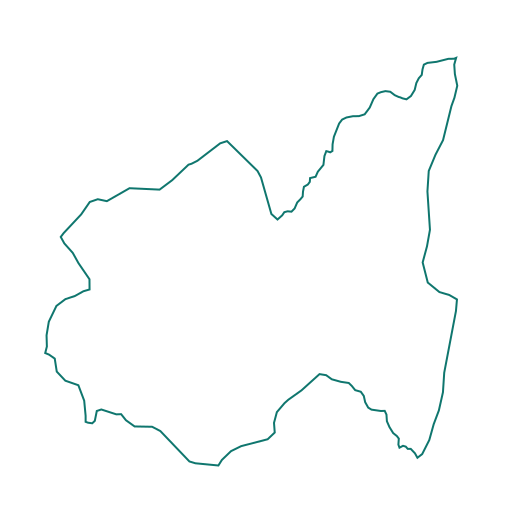 map outline of Gourma (Equal Earth projection), rotated 4°
{"feature_id": "BFA-2184", "entity_name": "Gourma", "entity_type": "Province", "adm_level": 1, "iso_a3": "BFA", "parent_name": "Burkina Faso", "parent_adm1": "", "projection": "equal_earth", "projection_center": [0.734, 12.217], "detail": "fine", "context": "isolated", "style": "outline", "palette": "teal", "viewbox_px": 512, "rotation_deg": 4, "n_neighbors": 0, "source": "natural_earth", "source_scale": "10m", "svg_char_len": 2114}
<svg xmlns="http://www.w3.org/2000/svg" viewBox="0 0 512 512"><g transform="rotate(4 256 256)"><path d="M52.5,367.5L53.7,360.9L52.6,349.7L53.9,336.0L60.4,319.7L68.9,312.3L78.2,308.5L86.3,303.2L92.3,301.0L91.5,290.8L79.4,275.5L73.0,265.7L63.9,256.8L59.9,250.6L62.5,246.6L78.7,226.7L86.4,213.7L94.2,210.4L103.4,211.7L125.1,197.2L155.2,196.5L167.1,186.2L182.3,169.6L185.2,168.5L190.9,165.1L212.4,146.1L219.1,143.4L251.6,171.1L255.5,177.3L268.4,213.0L274.9,218.1L279.3,213.6L281.2,210.3L284.4,209.2L288.3,209.3L291.2,205.9L293.4,199.7L296.4,196.2L298.4,193.4L298.4,188.4L299.0,183.6L302.7,181.1L304.5,178.3L304.5,174.5L309.9,172.8L311.8,167.6L316.9,160.4L317.3,151.5L318.8,146.5L320.6,146.8L322.8,147.4L324.9,145.9L324.6,139.2L325.4,131.6L329.7,118.0L332.4,113.9L336.6,111.5L342.9,109.8L348.9,109.3L354.5,107.1L359.1,100.0L362.2,91.3L365.8,85.5L369.3,83.8L373.6,82.5L378.5,82.8L383.2,85.9L387.2,87.4L388.9,87.7L391.1,88.5L395.2,89.2L399.4,85.6L402.7,79.3L403.9,72.2L406.0,67.3L408.7,63.8L409.1,58.2L410.1,53.4L413.6,51.4L422.6,49.7L434.1,45.9L439.8,45.4L441.8,44.4L440.4,51.2L441.7,60.6L444.9,72.1L442.9,84.3L440.5,92.8L434.5,127.4L428.0,142.4L422.4,159.1L422.5,179.6L427.7,217.7L425.9,234.4L422.7,250.8L429.2,270.5L441.5,279.2L451.5,281.4L459.5,285.3L459.3,297.0L451.9,359.3L452.0,378.9L449.2,397.3L445.0,411.4L441.7,427.5L435.6,442.0L431.1,446.0L428.3,441.7L423.8,437.6L420.8,437.8L418.7,435.7L415.9,435.1L412.5,437.2L411.2,434.2L411.2,428.2L409.1,425.8L405.2,423.1L401.1,417.4L398.1,411.7L397.2,405.1L395.2,401.5L391.4,401.9L381.9,401.2L378.5,399.4L375.1,394.2L373.3,388.1L370.0,384.1L364.3,382.9L360.6,378.9L357.4,376.2L349.5,375.6L340.2,373.7L334.3,370.0L327.6,369.4L310.7,386.9L298.3,397.1L294.7,400.8L287.7,410.3L285.6,421.2L287.0,430.8L280.4,438.0L254.5,446.7L244.7,452.4L236.2,461.8L233.1,467.6L210.0,467.0L203.9,465.6L172.8,437.3L164.3,433.6L146.8,434.5L137.7,428.9L132.5,423.2L127.7,423.7L112.4,419.9L108.0,421.7L106.7,431.7L104.3,434.3L100.0,434.0L97.6,433.3L97.2,427.4L94.7,412.3L87.8,397.3L74.5,393.7L65.3,385.2L62.4,372.4L56.4,368.8L52.5,367.5Z" fill="none" stroke="#0f766e" stroke-width="2"/></g></svg>